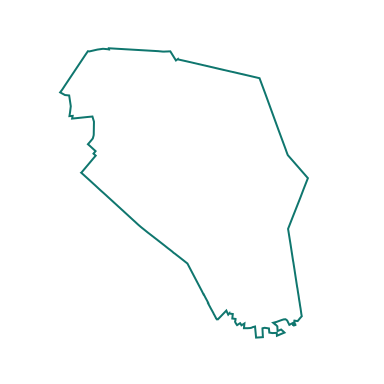 Tlahualilo, Durango, Mexico (Albers equal-area conic projection), rotated 352°
{"feature_id": "50627088B18924906437301", "entity_name": "Tlahualilo", "entity_type": "district", "adm_level": 2, "iso_a3": "MEX", "parent_name": "Mexico", "parent_adm1": "Durango", "projection": "albers", "projection_center": [-103.583, 26.292], "detail": "fine", "context": "isolated", "style": "outline", "palette": "teal", "viewbox_px": 384, "rotation_deg": 352, "n_neighbors": 0, "source": "geoboundaries", "source_scale": "gbopen_adm2", "svg_char_len": 2812}
<svg xmlns="http://www.w3.org/2000/svg" viewBox="0 0 384 384"><g transform="rotate(352 192 192)"><path d="M178.0,47.8L136.6,39.5L129.7,38.1L129.7,39.3L129.0,39.1L128.2,38.8L127.3,38.6L123.8,37.8L118.1,37.8L110.0,38.5L108.5,38.1L105.3,41.6L80.5,69.4L77.8,72.5L75.3,75.0L79.7,78.3L83.8,79.3L83.9,90.2L82.3,96.2L81.2,99.8L84.4,100.0L83.5,102.6L88.3,102.8L99.5,103.2L103.9,103.4L104.7,108.7L102.7,121.4L102.4,122.5L101.2,125.2L99.7,126.6L97.0,129.0L95.6,130.2L96.9,131.7L102.2,138.1L99.8,140.3L101.7,142.6L99.1,144.9L85.2,157.4L85.0,157.5L92.3,166.2L94.6,169.0L101.9,177.9L104.3,180.7L113.9,192.3L123.4,203.8L134.2,216.9L136.3,219.3L137.5,220.6L139.5,222.7L142.5,225.9L153.7,237.4L156.8,240.6L160.3,244.3L160.8,244.8L162.2,246.2L164.3,248.4L164.7,248.9L165.0,249.3L166.0,250.3L166.4,250.6L168.4,252.7L169.5,253.8L171.8,256.2L174.5,259.0L176.0,260.6L176.8,261.4L177.2,261.9L177.5,262.1L180.2,269.7L187.9,291.2L189.2,295.1L189.4,295.0L190.4,297.9L192.5,303.6L192.7,304.3L192.4,304.4L194.5,310.1L195.7,313.2L196.3,314.8L196.7,316.2L196.9,316.5L197.1,317.1L198.0,319.6L198.2,320.4L198.3,320.4L198.6,320.7L198.7,320.9L199.2,322.3L199.2,322.2L199.9,321.7L200.1,321.5L200.7,321.1L200.8,321.0L202.5,319.7L209.5,314.2L209.8,315.3L210.8,318.5L212.2,317.3L212.2,317.5L212.8,317.7L213.3,317.9L215.4,318.5L214.3,322.9L217.3,323.7L217.5,323.8L217.0,325.6L216.8,325.8L216.6,326.5L216.8,327.3L217.9,329.8L218.1,330.1L221.4,328.6L222.0,329.8L222.4,330.9L225.6,329.5L224.5,334.1L227.9,334.6L230.5,334.8L232.1,334.7L233.2,334.3L233.8,334.2L235.7,334.0L235.2,345.1L239.1,345.4L242.0,345.6L242.8,336.8L243.2,336.7L245.1,336.6L249.2,337.8L249.0,342.0L252.0,342.9L256.3,343.3L256.1,346.2L258.7,345.5L260.1,345.1L264.0,344.1L263.1,342.9L261.1,340.6L257.4,341.6L257.8,336.9L256.2,334.7L255.9,334.7L254.2,332.8L256.7,332.5L257.7,332.4L260.9,331.7L263.3,331.2L265.3,330.9L265.5,330.9L265.7,331.0L265.9,331.0L266.0,331.0L266.3,331.0L266.5,331.0L266.8,331.0L267.1,331.2L267.2,331.3L267.3,331.4L267.4,331.5L267.6,331.7L267.7,331.8L268.0,332.1L268.2,332.3L268.4,332.6L269.1,334.7L269.9,337.1L273.5,335.8L273.5,337.6L273.8,337.6L274.3,337.7L274.4,338.1L274.4,338.3L274.8,338.3L275.9,338.1L275.9,337.3L275.3,336.7L275.4,335.3L275.4,334.3L275.4,333.8L275.5,333.6L278.1,334.4L278.7,334.5L281.3,332.1L283.4,330.3L283.3,328.1L283.3,326.0L283.3,322.6L283.2,319.1L283.2,316.9L283.1,312.9L283.1,309.7L283.0,305.8L283.0,302.3L282.9,300.7L282.7,284.6L282.7,283.4L282.6,277.1L282.6,276.1L282.5,273.9L282.3,257.7L282.0,241.9L287.9,231.4L298.5,212.7L303.0,204.5L308.7,194.4L308.1,193.5L292.0,168.8L291.7,167.6L290.9,163.9L290.9,163.7L288.5,152.7L286.2,142.2L278.2,104.6L274.7,88.7L262.3,83.9L240.8,75.7L205.0,61.9L199.4,59.8L196.5,58.7L196.5,58.4L194.4,59.5L190.1,49.7L187.1,49.4L183.1,49.0L178.0,47.8Z" fill="none" stroke="#0f766e" stroke-width="2"/></g></svg>